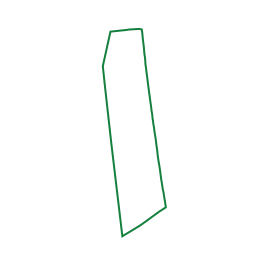 Arroio do Sal, Rio Grande do Sul, Brazil, rotated 320°
{"feature_id": "56859067B51555505580585", "entity_name": "Arroio do Sal", "entity_type": "district", "adm_level": 2, "iso_a3": "BRA", "parent_name": "Brazil", "parent_adm1": "Rio Grande do Sul", "projection": "albers", "projection_center": [-49.866, -29.516], "detail": "fine", "context": "isolated", "style": "outline", "palette": "green", "viewbox_px": 256, "rotation_deg": 320, "n_neighbors": 0, "source": "geoboundaries", "source_scale": "gbopen_adm2", "svg_char_len": 896}
<svg xmlns="http://www.w3.org/2000/svg" viewBox="0 0 256 256"><g transform="rotate(320 128 128)"><path d="M201.9,61.4L200.4,59.4L197.7,57.4L192.3,53.4L189.7,51.8L176.5,42.9L148.5,64.4L138.7,78.9L105.1,129.4L54.1,207.3L75.0,210.5L78.9,210.8L98.0,212.1L106.0,213.1L108.1,209.7L110.0,206.5L111.7,203.6L113.9,200.0L115.5,196.8L117.7,193.4L120.1,189.2L122.0,186.2L124.2,182.8L126.1,179.8L128.2,176.3L130.2,172.8L131.9,170.1L133.3,167.8L135.2,165.1L137.4,161.6L139.4,158.4L142.1,154.3L144.1,150.9L146.4,147.1L147.9,144.9L149.9,141.4L152.2,137.8L153.8,135.2L155.3,133.1L157.2,129.8L159.4,126.5L161.9,122.5L163.4,120.1L165.2,117.3L166.9,114.5L169.0,111.3L172.1,106.4L174.4,102.9L176.1,100.2L177.7,97.7L179.4,95.1L181.0,92.6L182.4,90.3L184.3,87.8L186.4,84.8L188.5,81.3L190.3,78.8L192.6,75.5L194.6,72.4L196.2,69.9L197.8,67.6L199.6,65.0L201.9,61.4Z" fill="none" stroke="#15803d" stroke-width="2"/></g></svg>